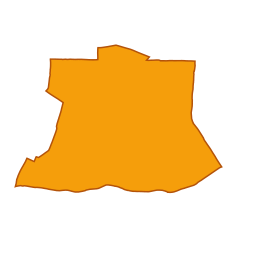 Wang Thonglang, Bangkok Metropolis, Thailand, rotated 281°
{"feature_id": "78962969B59221573730573", "entity_name": "Wang Thonglang", "entity_type": "district", "adm_level": 2, "iso_a3": "THA", "parent_name": "Thailand", "parent_adm1": "Bangkok Metropolis", "projection": "albers", "projection_center": [100.609, 13.777], "detail": "fine", "context": "isolated", "style": "filled", "palette": "amber", "viewbox_px": 256, "rotation_deg": 281, "n_neighbors": 0, "source": "geoboundaries", "source_scale": "gbopen_adm2", "svg_char_len": 5102}
<svg xmlns="http://www.w3.org/2000/svg" viewBox="0 0 256 256"><g transform="rotate(281 128 128)"><path d="M148.7,40.4L147.1,43.8L146.2,45.9L144.6,49.9L143.3,53.3L140.6,59.5L137.9,59.3L137.1,59.3L135.6,59.2L134.0,59.1L132.6,59.1L131.7,59.0L131.2,59.0L130.2,58.9L129.4,58.8L127.5,58.6L126.5,58.5L125.2,58.3L123.7,58.2L122.5,58.0L120.4,57.8L119.5,57.7L119.2,57.6L118.9,57.6L117.9,57.6L116.3,57.5L115.9,57.5L115.7,57.6L115.1,57.8L114.6,58.0L114.3,58.1L114.0,58.1L113.7,58.2L113.3,58.2L112.9,58.2L112.4,58.1L111.1,58.0L109.8,57.8L107.7,57.5L105.4,57.1L104.0,56.9L101.6,56.5L99.6,56.2L97.3,55.7L95.4,55.4L93.3,55.0L92.1,54.7L91.5,54.6L91.1,54.4L90.9,54.4L90.7,54.2L90.4,54.0L90.0,53.6L89.3,53.0L88.0,51.7L85.8,49.7L84.4,48.3L82.0,45.9L82.2,43.4L81.2,43.1L78.6,42.6L77.2,42.3L77.4,41.2L77.7,40.0L78.1,38.4L78.5,36.7L78.8,35.4L79.0,34.6L78.7,34.5L78.3,34.4L75.6,33.8L75.3,33.7L74.0,33.3L73.4,33.1L72.8,32.9L72.5,32.8L72.3,32.7L71.7,32.5L71.2,32.4L70.7,32.2L69.6,31.8L69.0,31.6L66.9,30.9L65.8,30.6L65.6,30.5L64.0,30.1L61.9,29.6L60.0,29.2L59.8,29.2L59.2,29.1L58.9,29.1L58.7,29.0L58.3,29.0L57.3,28.8L56.6,28.7L56.4,28.6L55.6,28.6L55.1,28.7L53.6,28.7L53.0,28.8L52.0,28.8L50.6,28.7L49.0,28.6L49.3,29.1L50.1,31.1L50.6,32.5L50.9,33.4L51.0,33.8L51.0,34.0L50.9,34.9L50.9,35.3L51.0,35.8L51.1,36.2L51.1,36.3L51.2,36.5L51.4,36.8L51.5,37.0L51.6,38.2L51.6,38.5L51.7,40.0L51.7,41.8L51.8,46.3L51.9,48.1L52.0,48.6L52.2,49.3L52.4,50.5L52.8,54.5L52.8,57.8L52.9,60.2L52.8,61.1L52.8,62.6L52.8,62.8L52.9,65.8L53.0,70.0L53.1,70.6L53.4,72.8L53.6,73.4L54.3,75.6L55.1,78.5L55.4,80.5L55.4,82.0L55.2,84.8L55.1,87.4L55.1,88.2L55.2,89.1L55.5,90.2L55.7,91.5L56.0,92.2L57.1,95.1L58.2,97.6L58.3,97.8L58.4,98.0L58.6,98.2L59.0,98.7L59.2,98.9L59.3,99.3L60.2,101.4L60.5,102.1L60.8,103.1L61.6,106.0L62.4,108.8L62.6,109.3L63.0,110.3L63.8,111.6L66.1,114.8L67.9,117.4L67.9,117.6L68.0,118.1L68.2,118.7L68.4,120.3L68.4,120.9L68.5,122.1L68.5,125.1L68.4,125.6L68.4,126.0L68.5,127.6L68.4,129.7L67.9,131.9L67.6,134.0L67.0,136.0L66.9,136.6L66.7,139.2L66.7,139.8L66.8,140.6L66.7,142.2L66.8,144.9L67.3,147.8L67.4,149.0L67.6,149.8L68.1,152.6L68.2,153.1L68.7,156.5L69.3,159.9L69.3,160.1L69.7,161.3L70.7,163.7L72.1,167.1L72.5,168.1L72.9,169.9L73.1,171.1L73.3,172.9L73.4,173.3L73.4,173.7L73.3,175.0L73.2,176.3L73.0,177.5L73.0,178.2L72.7,178.7L72.6,178.8L72.5,179.2L72.5,179.3L72.5,179.5L72.7,180.0L72.7,180.4L72.8,181.5L73.4,183.6L73.6,184.1L74.0,185.2L75.7,188.2L77.8,191.3L78.0,191.6L78.8,193.1L79.7,195.0L80.1,195.6L81.4,198.0L84.3,203.4L84.6,203.8L85.0,204.3L85.6,205.0L86.4,205.9L86.7,206.1L88.0,207.0L88.4,207.4L90.1,209.2L90.6,209.8L93.0,212.1L96.0,215.1L97.5,216.6L103.8,222.8L106.5,225.5L107.7,227.4L110.9,224.2L113.3,221.9L114.5,220.8L116.7,218.9L118.7,217.0L119.5,216.2L121.8,214.1L122.9,213.1L124.3,211.7L126.5,209.4L127.0,208.9L128.3,207.6L129.6,206.3L129.8,206.0L131.4,204.6L131.5,204.6L132.8,203.8L133.0,203.5L133.6,203.0L134.7,202.0L135.3,201.4L136.5,200.3L137.5,199.3L138.3,198.6L140.4,196.5L141.3,195.5L141.5,195.3L142.3,194.3L142.4,194.2L142.5,194.1L143.7,192.7L143.8,192.6L144.0,192.4L144.9,191.3L144.9,191.2L145.2,191.1L145.7,190.9L146.5,190.2L148.0,189.4L149.3,188.7L149.7,188.5L149.8,188.5L150.0,188.5L155.1,187.1L157.6,187.0L158.4,187.0L160.1,186.9L161.6,186.8L162.9,186.6L164.4,186.4L164.6,186.3L167.6,185.8L167.9,185.7L168.0,185.7L168.6,185.4L170.8,185.0L172.7,184.7L174.8,184.5L177.1,184.4L177.3,184.4L177.5,184.4L178.3,184.4L179.7,184.2L180.4,184.1L181.4,183.9L183.3,183.7L184.2,183.6L185.0,183.6L186.3,183.4L187.4,183.3L187.6,183.3L188.5,183.1L191.6,182.6L193.6,182.4L193.8,182.3L193.9,182.2L194.0,182.1L195.9,181.9L196.0,181.9L196.0,182.1L196.3,182.2L198.5,182.2L201.4,182.0L201.8,182.0L204.5,181.3L205.9,181.1L206.4,181.0L205.8,176.8L205.4,174.7L205.0,172.2L204.9,171.6L204.8,170.5L204.6,169.2L204.4,168.0L203.9,165.6L203.3,162.6L202.8,160.1L202.6,158.6L202.2,156.7L202.0,155.7L201.8,155.0L201.5,153.8L201.1,152.1L201.0,151.3L200.6,149.1L200.3,147.6L200.2,147.1L200.2,146.9L200.3,146.8L200.6,145.4L200.1,142.7L199.4,140.0L198.9,137.6L198.3,135.2L198.1,133.3L199.5,134.1L201.8,135.4L202.3,132.8L202.9,129.6L203.6,125.9L203.9,124.3L204.5,121.5L205.0,119.2L205.3,117.8L205.7,115.5L205.7,115.3L205.8,114.3L206.1,110.6L206.4,107.3L206.6,105.3L206.8,103.3L206.9,101.8L207.0,100.9L207.0,100.7L206.9,100.3L206.9,100.1L206.6,99.3L206.0,97.8L205.4,96.3L204.7,94.4L204.0,92.7L203.2,90.4L202.8,89.3L202.4,88.1L202.1,87.3L201.9,86.6L201.6,85.6L201.1,83.2L199.8,83.3L197.5,83.7L196.1,83.9L191.7,84.9L189.4,85.3L188.8,83.4L188.1,79.9L187.7,77.6L187.5,76.3L187.2,74.0L186.9,72.0L186.5,69.1L186.2,67.7L185.9,66.0L185.3,63.4L185.0,61.6L184.6,59.0L184.5,58.1L184.4,57.8L183.8,55.7L183.7,55.0L183.6,53.8L183.6,53.5L183.2,52.1L182.8,50.7L182.8,50.1L182.8,49.7L182.5,48.2L182.3,47.1L181.9,44.7L181.7,43.4L181.2,40.8L180.8,38.8L180.8,38.7L180.6,38.7L177.7,39.5L175.1,40.0L173.3,40.3L171.6,40.5L170.8,40.5L169.2,40.8L167.1,41.0L166.3,41.1L165.6,41.4L165.4,41.4L165.3,41.5L165.1,41.5L162.3,41.4L158.7,41.7L155.8,41.9L153.2,42.1L152.0,42.1L151.9,42.1L150.6,41.6L150.1,41.3L149.2,40.7L148.7,40.4Z" fill="#f59e0b" stroke="#b45309" stroke-width="1.5"/></g></svg>